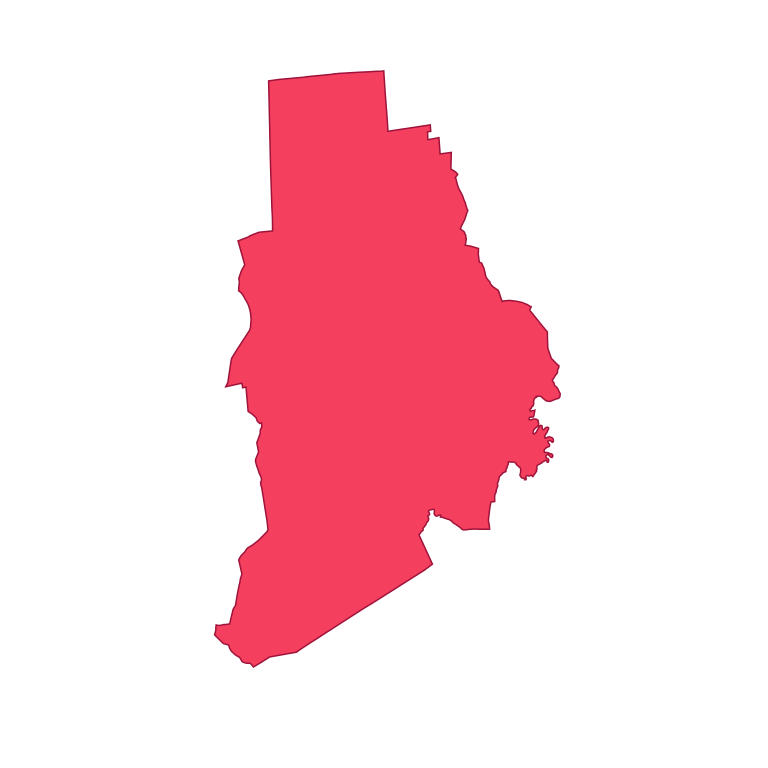 Livada, Satu Mare, Romania, rotated 103°
{"feature_id": "2599482B37449701162045", "entity_name": "Livada", "entity_type": "district", "adm_level": 2, "iso_a3": "ROU", "parent_name": "Romania", "parent_adm1": "Satu Mare", "projection": "equal_earth", "projection_center": [23.137, 47.873], "detail": "fine", "context": "isolated", "style": "filled", "palette": "rose", "viewbox_px": 768, "rotation_deg": 103, "n_neighbors": 0, "source": "geoboundaries", "source_scale": "gbopen_adm2", "svg_char_len": 6135}
<svg xmlns="http://www.w3.org/2000/svg" viewBox="0 0 768 768"><g transform="rotate(103 384 384)"><path d="M78.9,454.7L79.5,455.9L80.1,457.9L81.2,462.4L83.1,468.6L86.3,480.1L91.6,498.0L93.4,503.3L93.8,504.1L94.9,507.2L102.1,528.8L102.6,530.0L102.8,530.2L110.8,554.6L114.6,564.6L197.5,543.5L236.7,533.1L247.6,530.0L259.9,527.0L264.2,539.8L266.9,543.9L270.1,548.4L270.8,548.7L277.4,558.4L299.2,546.5L304.1,548.0L306.5,548.5L313.3,549.2L314.6,549.0L316.9,547.9L321.9,547.3L325.9,546.6L327.2,543.7L329.3,541.3L335.8,535.3L338.3,533.4L343.7,530.5L347.8,529.0L351.2,528.0L356.6,527.2L359.2,526.8L361.7,527.0L384.5,535.3L392.7,538.1L394.8,538.3L417.6,536.5L422.3,537.6L415.3,522.9L415.8,522.7L415.7,522.3L419.5,520.9L418.0,517.8L441.3,510.2L442.9,505.9L445.5,501.2L448.9,498.9L450.4,496.1L449.5,494.6L453.1,493.4L456.8,494.2L460.0,493.5L469.9,494.7L478.5,490.9L486.1,492.1L488.1,491.9L493.0,489.3L494.9,487.9L499.3,485.4L500.9,483.9L503.5,482.2L504.6,481.9L505.6,481.8L506.8,481.8L507.7,482.1L510.9,480.9L512.1,480.0L543.9,467.1L552.2,464.2L554.3,464.8L564.8,471.3L570.8,476.2L574.1,479.7L575.0,480.3L576.7,481.1L579.2,482.0L582.2,483.9L583.6,484.7L586.3,485.6L588.3,486.0L590.1,485.0L600.3,480.1L601.5,479.7L605.8,480.1L610.2,479.8L612.7,479.9L622.3,479.6L633.3,478.9L635.6,479.8L637.4,480.3L644.5,480.4L652.5,480.4L653.9,484.1L654.6,486.5L655.6,488.2L656.0,489.3L656.4,490.7L656.6,492.1L656.5,493.3L659.7,493.0L661.3,492.5L663.6,492.5L666.4,492.7L666.8,492.3L672.7,482.7L673.0,482.0L673.3,476.7L676.5,474.8L678.1,473.2L679.1,472.0L681.2,468.3L682.1,465.9L682.7,463.6L683.4,462.6L686.3,459.9L686.6,459.1L686.9,457.5L687.0,455.5L686.8,453.9L686.3,452.1L686.4,451.4L686.9,450.4L688.8,447.9L689.1,447.6L682.9,441.1L675.7,434.0L664.9,408.8L663.8,407.9L663.7,408.0L656.2,400.9L607.9,354.0L599.8,345.7L556.3,302.8L548.6,296.3L523.1,316.0L522.0,315.4L519.2,314.2L517.7,313.0L516.0,313.5L512.0,311.7L509.7,311.3L507.2,310.1L506.4,310.2L506.1,310.0L504.1,310.5L502.9,311.7L502.4,311.6L501.3,310.4L500.6,310.2L498.1,311.9L497.4,311.9L497.1,311.8L496.2,310.4L495.5,309.0L495.0,307.9L495.0,307.1L495.9,306.4L499.0,306.0L500.1,305.2L500.8,304.2L501.0,303.5L500.5,302.2L498.9,299.8L499.2,299.2L500.9,299.1L500.8,297.7L500.9,296.0L501.3,292.9L501.4,290.3L502.1,287.8L503.6,285.6L504.4,283.5L504.5,282.5L505.2,281.2L506.7,277.4L507.8,275.8L508.3,274.4L508.3,273.8L507.2,270.0L506.3,268.0L504.8,262.4L503.8,257.1L501.7,248.4L497.8,249.7L494.3,251.3L492.0,251.8L480.0,253.1L475.9,253.2L474.8,253.1L473.7,249.7L469.9,250.6L466.7,251.1L464.8,250.5L461.7,250.7L457.9,250.2L455.3,251.1L451.7,250.6L448.5,250.8L447.1,250.1L445.4,248.8L444.2,248.6L443.7,247.6L442.7,247.0L442.4,246.0L442.0,245.7L441.2,245.5L439.5,246.0L438.4,245.4L437.6,245.3L436.3,245.4L434.3,244.9L432.0,245.3L430.9,240.1L431.0,239.2L431.3,238.5L431.5,237.5L432.2,237.3L433.1,236.3L433.4,235.2L434.2,234.4L434.6,233.1L434.9,232.7L436.1,231.7L438.4,231.2L440.0,231.0L441.9,231.1L442.4,231.0L444.2,229.2L444.5,228.7L444.6,226.4L444.8,225.9L445.7,225.2L445.4,224.8L445.2,224.8L445.3,224.2L445.0,224.1L443.8,224.2L442.9,225.1L442.5,225.1L441.0,224.1L440.9,223.6L441.1,222.3L441.0,221.7L439.7,220.1L440.7,218.1L434.6,215.7L433.4,216.4L432.9,215.8L430.5,216.5L429.4,216.5L428.6,216.2L425.5,212.6L424.3,211.9L421.8,209.0L422.0,208.3L423.3,207.6L423.5,207.3L423.5,206.7L423.3,206.5L422.7,206.3L421.0,206.3L420.6,206.6L419.8,207.6L419.7,208.5L419.1,209.7L417.6,210.0L417.0,209.7L416.0,208.9L415.7,208.3L416.1,207.8L416.2,207.3L417.5,205.6L417.8,204.8L417.8,203.8L417.0,203.4L415.8,203.4L414.8,204.2L414.5,204.7L414.4,205.9L414.6,206.6L414.4,207.5L414.1,208.0L414.1,210.3L414.4,211.3L414.2,212.2L414.0,212.6L413.0,213.1L411.5,212.8L409.3,211.3L409.1,210.8L408.4,210.2L407.8,209.0L407.1,208.8L405.9,209.0L403.8,211.1L403.0,211.3L402.6,211.2L402.3,211.0L401.9,210.0L402.0,208.5L402.9,207.2L402.9,206.7L402.0,206.0L399.8,206.6L398.8,207.6L398.6,208.1L398.3,209.8L398.3,211.0L398.7,212.2L400.2,214.0L400.5,214.6L400.3,215.2L400.1,215.2L399.9,214.8L399.3,215.4L398.1,215.7L394.1,214.2L392.7,214.1L391.2,213.6L390.1,213.6L389.6,213.9L389.4,214.2L389.3,214.9L389.8,216.1L390.6,217.0L391.8,217.5L392.7,218.2L392.6,218.9L392.0,219.6L389.2,220.7L389.0,221.8L389.1,222.1L390.0,222.9L397.1,225.0L397.4,225.2L397.5,225.5L398.9,226.3L398.9,227.1L398.3,227.7L396.4,227.9L395.1,227.8L393.3,226.8L390.4,224.6L389.3,224.2L388.2,224.3L384.9,225.6L384.4,226.4L384.1,227.5L384.1,229.0L384.6,230.8L385.4,232.0L386.1,233.6L386.2,234.4L385.7,234.8L384.3,234.8L383.6,234.3L382.5,231.2L382.1,230.9L381.2,230.8L375.6,231.1L376.2,232.0L376.4,233.0L377.7,235.3L375.9,236.3L375.1,235.3L372.7,234.7L372.2,234.1L371.3,233.7L369.3,233.7L367.5,234.3L365.4,234.3L363.8,233.8L362.6,232.4L361.8,233.0L361.0,230.4L360.8,229.1L360.9,228.0L362.3,225.7L364.0,222.0L363.6,218.2L359.8,212.8L359.2,211.5L358.4,210.5L357.5,209.9L356.5,209.8L353.8,210.1L352.6,211.2L349.5,213.6L347.8,215.7L347.5,216.8L346.8,217.6L344.6,218.7L344.2,219.1L343.7,220.1L343.3,220.5L342.8,220.7L340.8,220.3L339.4,219.6L337.6,219.2L335.0,217.9L333.8,217.6L331.4,218.0L329.5,217.8L329.3,217.5L328.8,217.4L326.8,217.7L326.5,218.6L324.2,222.4L321.3,226.8L312.4,232.4L300.4,235.6L296.5,236.5L292.4,242.0L279.6,258.3L279.3,258.5L278.5,258.6L277.4,258.4L276.0,257.9L275.4,258.2L275.6,258.5L275.6,258.8L274.3,262.4L274.0,265.1L273.5,267.3L273.6,273.8L274.3,280.4L276.3,286.7L277.0,287.5L270.2,291.7L268.3,292.8L267.3,293.6L266.9,294.2L264.7,299.8L262.3,303.1L260.7,303.8L259.3,305.9L257.2,308.3L254.8,309.9L253.4,310.3L248.7,312.7L244.2,316.1L243.9,318.4L242.1,319.2L236.3,321.3L230.7,322.4L230.2,330.3L230.5,336.2L228.6,336.1L223.8,336.5L223.4,336.7L223.2,337.2L220.9,337.7L219.4,338.9L217.9,339.9L217.3,340.9L215.7,344.5L211.9,343.9L205.9,342.4L201.1,341.9L200.1,342.0L196.5,341.4L195.4,341.7L194.7,342.5L192.0,344.0L191.2,344.6L190.0,345.2L189.5,345.2L186.9,347.3L183.0,349.7L176.5,355.3L173.1,357.4L167.1,360.5L166.8,361.0L163.3,359.3L161.4,361.6L159.5,367.2L143.2,370.5L147.2,381.1L131.6,385.9L136.1,396.2L128.5,398.3L127.3,395.3L121.1,397.2L132.5,426.0L136.9,437.0L126.7,440.0L100.5,448.2L79.3,454.6L78.9,454.7Z" fill="#f43f5e" stroke="#9f1239" stroke-width="1.5"/></g></svg>